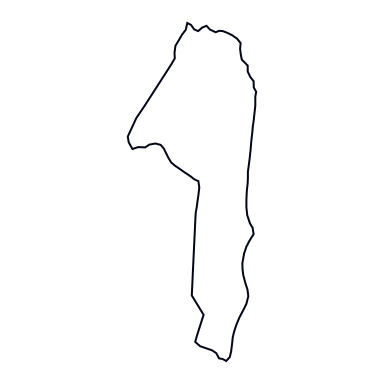 Pitimbu, Paraíba, Brazil
{"feature_id": "56859067B97303044922384", "entity_name": "Pitimbu", "entity_type": "district", "adm_level": 2, "iso_a3": "BRA", "parent_name": "Brazil", "parent_adm1": "Paraíba", "projection": "equal_earth", "projection_center": [-34.838, -7.446], "detail": "fine", "context": "isolated", "style": "outline", "palette": "ink", "viewbox_px": 384, "rotation_deg": 0, "n_neighbors": 0, "source": "geoboundaries", "source_scale": "gbopen_adm2", "svg_char_len": 1392}
<svg xmlns="http://www.w3.org/2000/svg" viewBox="0 0 384 384"><path d="M194.3,179.3L198.4,181.2L199.3,187.5L198.4,195.1L197.6,200.5L196.7,207.3L195.7,213.0L195.4,218.4L192.7,275.7L191.8,295.5L203.6,314.8L197.2,334.9L195.2,341.9L200.1,346.2L212.0,350.3L216.2,353.1L219.1,358.4L222.7,359.0L226.2,361.0L229.8,357.1L231.1,351.6L232.1,343.7L232.7,337.6L234.0,332.0L236.4,324.7L239.5,317.3L243.6,309.5L246.4,303.8L248.3,296.3L247.5,289.7L245.3,282.9L243.2,274.7L242.5,268.9L242.4,263.0L244.1,253.6L246.4,246.6L249.5,240.7L253.6,234.1L252.6,227.8L250.0,223.5L247.2,215.1L246.4,207.3L246.4,199.9L246.8,191.3L247.7,182.9L247.9,177.6L247.9,171.7L248.7,165.9L249.5,159.8L250.6,149.7L251.2,142.3L251.7,137.5L252.3,132.5L252.8,126.6L253.6,121.2L254.2,115.7L255.3,105.8L255.3,96.7L256.2,91.8L253.8,87.6L253.6,81.2L250.2,76.8L247.7,71.5L247.7,65.6L241.8,59.6L240.7,54.0L240.1,48.9L240.6,43.1L237.0,38.6L232.1,35.2L227.0,32.7L222.8,31.1L219.3,30.8L215.6,32.2L209.9,29.5L206.5,25.8L202.1,27.6L198.2,31.1L194.2,29.4L191.0,24.9L187.3,23.0L185.8,29.7L182.0,34.7L178.6,40.6L175.4,45.9L174.5,52.8L174.8,58.3L171.4,64.2L144.5,106.0L136.4,117.9L127.8,136.5L128.7,142.3L132.5,149.0L138.1,147.1L145.2,147.4L149.4,144.6L155.4,143.5L160.7,144.9L163.7,148.4L166.0,153.0L168.4,157.8L171.1,162.4L175.0,165.7L179.0,168.4L183.6,171.7L188.0,174.6L191.2,176.8L194.3,179.3Z" fill="none" stroke="#020617" stroke-width="2"/></svg>